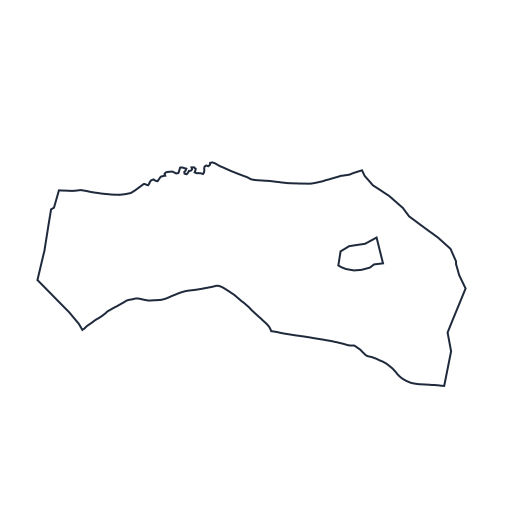 outline of Al Bayda, Al Bayda', Yemen, rotated 279°
{"feature_id": "15242507B85556873908580", "entity_name": "Al Bayda", "entity_type": "district", "adm_level": 2, "iso_a3": "YEM", "parent_name": "Yemen", "parent_adm1": "Al Bayda'", "projection": "robinson", "projection_center": [45.56, 14.065], "detail": "fine", "context": "isolated", "style": "outline", "palette": "slate", "viewbox_px": 512, "rotation_deg": 279, "n_neighbors": 0, "source": "geoboundaries", "source_scale": "gbopen_adm2", "svg_char_len": 5958}
<svg xmlns="http://www.w3.org/2000/svg" viewBox="0 0 512 512"><g transform="rotate(279 256 256)"><path d="M256.7,468.1L268.8,459.7L271.8,458.3L274.9,456.9L278.9,455.0L279.0,454.9L282.0,454.4L293.5,447.0L302.7,432.8L304.8,428.7L308.3,421.7L310.7,417.1L312.0,414.7L312.1,414.3L313.5,411.7L316.2,406.6L319.1,401.0L320.7,399.4L322.7,397.3L326.5,393.5L328.2,390.7L332.5,383.9L336.2,378.0L339.0,371.7L339.7,370.3L344.1,360.4L348.0,355.8L352.2,350.7L354.6,349.1L357.2,347.3L356.3,345.5L355.3,343.4L354.1,341.1L353.2,339.2L352.1,337.4L351.2,336.0L351.0,335.6L350.3,333.5L350.1,333.0L349.7,331.4L349.0,329.4L348.7,328.3L348.7,328.1L348.5,327.3L347.4,325.3L346.3,322.9L345.3,320.7L344.4,318.8L343.3,316.6L342.4,314.5L341.5,312.5L340.4,310.4L340.2,310.0L339.5,308.3L338.6,305.9L338.3,305.2L337.7,303.7L336.9,301.4L336.1,299.0L335.7,296.9L335.4,294.8L335.1,292.5L334.8,290.6L334.7,290.2L334.7,289.8L334.4,288.0L334.4,287.8L334.3,287.3L334.1,285.0L333.8,282.9L333.5,280.7L333.3,279.0L333.2,278.1L332.9,275.6L332.9,274.7L332.8,273.4L332.7,271.1L332.6,268.8L332.6,266.6L332.4,264.0L332.4,261.9L332.3,259.5L332.3,258.2L332.2,257.4L332.0,255.6L332.0,255.1L331.7,252.5L331.5,250.1L331.3,248.0L331.1,245.9L330.9,243.0L330.9,242.6L330.9,240.7L331.1,238.5L332.0,236.4L332.5,234.5L332.6,234.4L333.0,232.0L333.4,230.0L333.8,228.1L333.9,227.9L333.9,227.7L334.0,227.3L334.2,226.2L334.2,225.9L334.4,225.3L335.0,222.7L335.5,220.4L335.9,218.6L337.2,213.7L338.3,209.7L339.0,206.7L339.6,204.9L340.5,202.7L341.3,200.5L341.3,200.0L341.6,198.2L340.8,196.1L339.8,196.2L338.8,196.2L338.2,195.7L337.2,194.8L337.6,192.7L336.7,191.7L336.2,191.2L334.5,191.1L333.3,191.4L332.4,191.5L331.1,191.6L330.4,191.6L328.7,190.8L329.0,188.9L329.0,188.7L329.0,188.4L329.0,188.1L328.9,187.3L328.9,186.6L328.5,184.4L329.0,182.3L329.8,182.5L330.0,182.6L330.3,182.6L330.8,182.7L332.7,182.8L333.3,181.7L333.9,181.0L333.6,179.4L333.4,178.4L331.7,179.3L331.0,179.0L330.2,178.4L329.5,176.7L329.5,176.4L327.7,175.9L326.0,174.8L325.9,174.7L326.1,172.6L327.7,172.0L328.7,172.7L329.2,173.1L329.4,173.1L331.2,173.5L331.2,173.3L331.4,173.3L331.5,172.0L331.6,171.4L331.9,169.4L331.8,169.0L331.5,167.3L331.3,167.2L327.6,166.7L327.2,166.7L326.7,166.5L325.8,166.3L325.0,164.2L325.2,163.8L325.8,161.9L326.3,160.0L325.2,155.6L324.4,153.8L322.9,152.8L321.1,153.8L320.8,152.6L319.5,149.7L318.5,149.0L314.5,147.1L314.4,146.5L314.7,144.8L315.6,142.7L314.3,140.6L312.0,139.3L311.1,139.4L309.0,138.3L309.1,137.7L309.3,136.3L309.4,136.1L309.7,134.4L309.7,134.2L309.4,133.7L301.9,126.3L298.6,122.5L296.6,117.1L295.2,112.0L295.1,111.8L295.2,111.7L294.9,109.9L294.7,108.9L294.7,108.6L294.5,107.3L294.2,104.7L294.0,102.3L293.9,99.8L293.7,97.1L293.5,94.3L293.5,91.8L293.5,89.7L293.4,87.4L293.4,85.0L293.4,84.7L293.4,82.9L293.6,79.9L293.7,77.4L293.7,76.5L293.7,74.9L293.7,72.7L293.2,70.7L292.5,68.4L292.0,66.4L291.5,64.1L291.2,61.3L290.9,58.8L290.6,56.2L290.5,55.7L290.3,53.8L290.0,51.1L272.1,48.9L270.0,46.3L255.1,46.2L227.7,46.2L223.3,45.8L198.0,43.9L197.8,44.2L197.7,44.4L186.1,60.1L182.0,65.6L176.2,73.5L171.1,80.4L161.2,91.7L155.9,96.0L156.2,96.2L157.4,97.8L159.0,98.9L160.6,100.2L162.3,102.0L163.9,103.7L165.4,105.2L166.9,106.6L168.1,107.9L168.7,108.6L170.0,110.3L171.4,111.9L171.7,112.2L172.8,113.4L174.3,114.8L176.0,116.4L177.9,117.8L179.4,119.6L179.5,119.8L180.7,121.3L182.0,122.9L182.6,123.7L183.5,124.8L184.6,126.5L185.6,127.7L186.1,128.3L187.5,130.1L188.5,131.3L188.9,131.9L190.2,133.4L191.6,135.0L192.7,137.1L193.4,139.3L194.3,141.6L195.0,143.2L195.1,143.6L195.5,145.2L195.5,145.6L195.5,146.0L195.6,147.4L195.6,147.7L195.4,149.7L195.4,149.9L195.3,151.9L195.2,153.7L195.2,154.5L195.2,156.9L195.6,159.1L196.1,161.1L196.6,163.5L197.1,166.1L197.5,167.6L197.6,168.3L198.3,170.3L199.4,172.8L200.5,174.8L201.9,177.0L203.5,179.4L204.7,181.5L206.0,183.6L207.1,185.4L208.2,187.4L209.4,189.9L210.4,192.2L211.1,194.3L211.8,196.7L212.4,199.0L213.1,201.4L213.9,203.9L214.7,206.3L215.3,208.2L215.4,208.4L215.8,209.4L216.0,210.0L216.2,210.5L216.9,212.6L217.8,215.0L218.5,217.1L219.5,219.4L220.3,221.3L220.7,223.5L220.4,225.6L219.8,228.0L219.7,228.1L218.6,230.9L217.5,233.3L216.7,235.3L215.7,237.2L214.9,239.2L214.2,240.5L214.0,240.9L213.8,241.2L213.1,242.5L212.7,243.0L211.6,244.9L210.2,247.1L209.1,248.9L208.1,250.9L207.0,252.8L206.7,253.2L205.5,255.1L204.4,256.9L202.6,259.2L201.4,260.8L200.0,262.9L198.8,264.7L197.5,266.7L196.8,267.8L196.2,268.7L195.0,270.6L194.7,271.1L194.0,272.0L193.8,272.3L192.6,274.1L191.4,276.0L189.9,278.0L188.5,279.7L186.8,281.1L184.8,282.5L184.1,282.9L184.2,284.4L184.2,286.6L184.2,288.7L184.0,291.0L183.9,292.6L183.9,293.6L183.8,295.0L183.8,296.3L183.8,298.7L183.8,301.2L183.8,301.3L183.8,304.0L183.8,306.2L183.8,308.5L183.9,310.7L183.9,313.0L184.0,315.6L184.0,317.8L184.0,320.2L184.0,322.7L183.9,325.1L183.9,327.3L183.9,329.9L183.9,332.0L183.9,334.1L183.9,336.2L183.8,338.4L183.8,340.6L183.8,342.8L183.7,345.3L183.5,347.4L183.5,349.5L183.4,350.4L183.2,351.8L183.1,354.1L182.9,356.2L182.6,358.5L182.3,360.7L182.3,362.8L182.6,365.1L182.9,367.0L182.1,369.0L181.1,370.9L180.5,372.2L180.3,372.8L179.1,374.6L177.7,376.4L176.3,378.4L175.4,379.7L175.1,380.1L174.5,382.2L174.4,384.3L174.3,385.7L174.3,386.4L174.2,386.6L173.8,388.6L173.3,391.1L172.6,393.3L172.2,394.6L172.1,395.3L171.8,396.3L171.5,397.8L170.8,399.7L170.0,401.9L168.8,404.0L167.7,405.9L166.7,407.7L166.0,408.7L165.5,409.4L164.1,411.1L163.5,411.8L162.8,412.7L161.4,414.1L160.9,414.9L160.0,416.0L158.7,418.0L157.6,420.1L156.8,422.2L156.1,424.2L155.5,426.4L155.4,427.1L155.2,427.6L155.0,428.8L154.8,431.1L154.8,433.3L154.8,435.8L155.0,438.4L155.3,440.8L155.5,443.0L155.8,445.6L156.0,447.7L156.1,449.8L156.5,452.1L156.6,454.2L156.8,456.3L156.8,458.8L157.0,460.9L157.1,462.2L192.4,463.6L210.4,457.2L223.0,460.1L256.7,468.1ZM273.8,338.8L280.3,346.5L282.7,354.0L285.1,361.8L293.1,372.2L268.6,382.6L266.2,374.0L262.3,370.2L258.8,362.3L257.2,355.6L257.1,354.8L257.2,346.9L258.3,342.1L259.5,338.8L273.8,338.8Z" fill="none" stroke="#1e293b" stroke-width="2"/></g></svg>